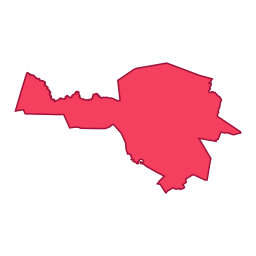 Hardenberg, Overijssel, Netherlands (Natural Earth projection)
{"feature_id": "6326949B3638629214663", "entity_name": "Hardenberg", "entity_type": "district", "adm_level": 2, "iso_a3": "NLD", "parent_name": "Netherlands", "parent_adm1": "Overijssel", "projection": "natural_earth1", "projection_center": [6.49, 52.57], "detail": "fine", "context": "isolated", "style": "filled", "palette": "rose", "viewbox_px": 256, "rotation_deg": 0, "n_neighbors": 0, "source": "geoboundaries", "source_scale": "gbopen_adm2", "svg_char_len": 5264}
<svg xmlns="http://www.w3.org/2000/svg" viewBox="0 0 256 256"><path d="M199.7,75.5L166.7,63.1L136.7,68.3L133.6,69.6L117.8,80.4L120.1,100.4L116.9,100.7L116.5,100.2L114.6,99.5L113.3,98.6L111.0,98.0L108.6,98.0L107.5,97.4L106.9,97.3L105.3,97.5L103.2,97.3L102.2,97.8L101.6,97.9L101.4,97.8L101.3,97.6L101.1,97.5L101.0,97.4L100.5,97.4L100.5,97.6L100.4,97.6L99.7,96.9L99.8,96.6L99.7,96.2L99.3,95.9L98.6,96.3L98.2,96.0L98.1,95.7L97.7,95.3L98.0,95.3L98.1,94.9L97.7,94.5L97.8,94.2L97.6,93.9L96.5,93.6L96.0,93.9L95.3,93.9L94.2,94.3L93.5,94.3L93.2,94.5L93.3,95.1L93.2,95.4L93.5,95.7L93.1,96.0L92.8,96.1L92.6,97.3L92.4,97.4L92.3,97.7L92.1,98.0L91.9,98.3L92.0,99.0L91.5,99.4L90.5,99.2L90.4,99.4L89.2,99.6L89.2,99.9L88.9,99.7L88.7,99.8L88.7,100.2L88.4,100.5L87.8,100.3L87.0,99.7L86.6,99.7L86.5,99.9L85.8,100.0L84.8,99.8L84.4,99.6L84.3,99.4L83.7,99.3L83.4,99.1L83.1,99.2L82.9,99.4L82.7,99.1L82.3,99.2L80.9,98.4L80.8,98.2L80.2,97.9L80.0,97.7L80.0,97.4L79.9,97.2L79.4,97.2L79.2,96.8L79.2,96.5L79.6,96.4L79.8,96.2L79.7,95.5L78.9,94.4L78.8,94.0L78.2,93.2L78.3,93.1L78.9,92.9L78.9,92.7L78.7,92.5L78.5,91.9L77.6,91.5L77.4,91.6L77.3,91.9L77.0,91.9L76.8,91.7L76.2,91.6L76.0,91.9L76.1,92.3L75.4,92.5L75.1,93.1L75.3,93.3L75.3,93.5L75.5,93.7L75.5,93.9L75.1,93.9L74.7,94.0L74.3,94.1L74.2,94.3L72.7,94.9L72.3,95.3L72.2,95.9L71.8,96.0L71.7,96.2L71.7,96.4L71.6,96.9L71.7,97.1L71.6,97.3L70.9,97.2L70.6,97.6L70.4,97.6L69.8,97.3L68.7,97.0L68.1,96.6L68.2,96.4L67.9,96.2L67.8,95.9L67.5,95.9L67.1,95.7L67.0,95.8L66.7,95.9L66.5,96.1L65.7,96.3L65.3,96.9L65.3,97.5L65.8,98.1L65.6,98.2L65.3,98.5L64.4,98.8L64.3,99.1L63.0,99.1L62.1,98.5L61.3,98.6L61.2,98.5L61.2,98.2L60.5,98.1L59.5,98.5L59.3,98.9L59.4,99.2L58.9,99.3L58.8,99.5L58.4,99.8L58.3,100.1L57.1,100.3L56.8,100.6L56.0,100.7L55.6,101.1L54.6,101.6L54.4,101.5L54.3,101.1L54.3,100.8L54.5,100.6L54.5,100.1L54.1,99.4L53.6,99.5L52.9,99.9L52.6,99.6L52.3,99.5L52.4,99.2L52.0,99.2L51.9,99.0L51.1,98.7L50.8,98.1L51.2,97.8L51.1,97.6L51.2,97.3L50.9,97.1L51.2,97.0L51.4,96.7L51.2,96.3L50.9,96.2L51.0,95.8L50.5,95.8L50.4,95.5L49.6,94.9L49.6,94.6L49.5,94.3L50.1,94.0L50.2,93.6L50.5,93.4L50.4,93.0L49.9,92.7L50.0,92.5L50.4,92.4L50.4,92.1L50.1,92.1L50.3,91.8L50.0,91.6L49.9,91.1L49.7,91.0L49.4,91.0L49.3,90.7L49.0,90.8L48.8,90.4L48.9,90.1L48.7,89.9L48.6,89.4L48.2,89.5L48.0,89.3L47.5,89.2L47.7,88.8L47.2,88.3L47.4,88.0L47.3,87.7L47.8,87.4L47.7,87.1L47.0,87.0L46.9,86.6L46.6,86.4L46.4,86.1L46.2,86.0L46.1,85.8L45.1,85.7L45.1,85.4L44.5,84.9L44.5,84.7L44.9,84.7L45.1,84.5L45.1,84.0L44.9,84.1L44.6,83.7L45.3,83.3L45.2,83.0L44.9,82.9L45.2,82.6L45.2,82.3L44.9,82.3L44.6,82.2L44.2,81.8L44.3,81.6L43.2,81.1L42.9,80.8L42.4,81.0L42.3,80.7L41.5,80.8L40.7,80.5L40.1,80.7L39.8,80.6L40.0,80.1L39.8,79.9L39.8,79.4L39.4,79.3L39.2,78.9L39.0,79.1L38.7,78.9L38.6,79.0L38.2,79.0L37.5,78.6L36.7,78.6L36.7,78.3L37.0,78.4L36.9,78.1L36.1,77.9L35.9,77.6L35.6,77.6L35.5,77.3L35.1,77.3L34.0,75.5L33.1,75.1L32.9,75.3L32.5,75.5L32.2,75.4L32.1,75.2L31.6,75.3L31.2,74.8L30.8,75.2L30.4,75.1L30.0,74.9L29.6,74.5L29.8,73.9L29.1,73.6L28.5,73.7L28.4,73.4L27.9,72.8L27.4,72.6L26.8,73.2L26.6,73.7L21.2,91.2L15.4,111.0L23.4,109.7L25.2,113.8L58.8,114.6L63.7,114.5L69.7,127.9L73.6,127.3L76.2,127.1L77.9,127.2L79.9,127.8L80.9,128.3L101.0,128.6L105.4,128.5L109.5,126.9L110.5,126.2L111.0,125.6L113.4,124.2L121.6,133.7L125.5,142.6L125.9,146.0L126.1,149.4L127.6,153.8L127.9,153.5L128.6,153.5L128.8,153.7L129.0,154.1L129.5,154.4L130.4,154.8L131.1,154.8L131.3,155.1L131.4,155.5L131.0,156.0L130.9,156.3L131.3,156.9L131.8,158.4L131.5,158.9L131.2,159.3L131.1,159.5L131.5,159.8L132.8,159.6L133.7,159.9L133.4,160.6L133.4,161.0L133.1,161.2L133.2,161.5L135.4,162.1L137.0,163.7L137.3,163.7L138.2,163.6L138.6,163.2L138.5,162.7L137.7,162.0L137.7,161.8L138.9,161.0L139.7,159.5L140.7,159.1L142.3,159.7L143.1,160.1L143.4,160.4L143.6,160.9L143.5,161.5L143.2,162.1L142.5,162.5L142.0,162.4L140.9,161.9L140.6,161.8L140.3,162.0L140.2,162.4L140.4,162.8L140.8,163.4L141.4,163.6L142.4,163.7L143.0,164.0L144.1,164.5L146.6,166.5L156.0,171.8L164.3,176.2L159.7,180.7L157.3,183.8L160.2,184.3L165.2,192.1L165.8,192.8L166.0,192.9L167.7,190.6L168.3,190.6L169.8,189.8L172.7,187.8L174.8,188.9L177.0,189.2L179.4,188.2L179.9,189.4L180.0,189.4L183.8,188.3L184.5,187.0L182.7,184.8L186.2,182.3L185.7,179.1L191.0,175.8L193.3,174.6L205.1,180.0L207.1,180.0L209.7,164.2L210.8,158.4L198.9,138.3L216.1,141.3L216.0,140.8L216.1,140.5L216.1,140.1L218.0,139.3L217.9,139.1L218.1,139.0L218.0,138.7L218.4,138.5L220.6,133.1L220.7,132.5L220.9,132.1L224.9,133.0L226.9,132.8L227.7,132.8L232.8,134.6L233.6,134.7L234.4,134.6L239.4,133.1L240.6,133.1L240.6,131.9L217.3,116.3L217.9,113.4L218.7,112.4L218.3,111.5L218.4,110.2L219.7,107.2L219.8,106.6L219.7,106.4L220.1,104.4L220.0,104.0L220.2,103.5L220.4,102.7L221.5,99.9L220.3,97.6L219.3,96.5L218.9,96.5L218.1,95.8L217.3,95.5L217.1,94.6L215.5,93.2L215.1,92.5L214.0,92.5L213.1,92.2L213.1,91.9L212.5,91.9L212.1,91.7L211.7,92.5L210.5,92.2L209.2,92.2L208.6,91.5L208.6,90.9L209.5,90.1L210.3,88.9L210.4,88.3L210.1,88.0L209.8,87.8L209.9,87.3L209.8,86.9L210.0,86.5L210.6,86.0L210.8,85.3L211.2,84.8L211.3,84.6L211.1,83.8L210.9,83.7L210.0,83.5L209.2,83.6L208.7,83.2L209.2,82.7L210.0,82.3L210.7,82.3L210.9,82.1L211.0,81.9L210.9,80.7L211.1,80.3L212.0,79.5L212.3,78.9L199.7,75.5Z" fill="#f43f5e" stroke="#9f1239" stroke-width="1.5"/></svg>